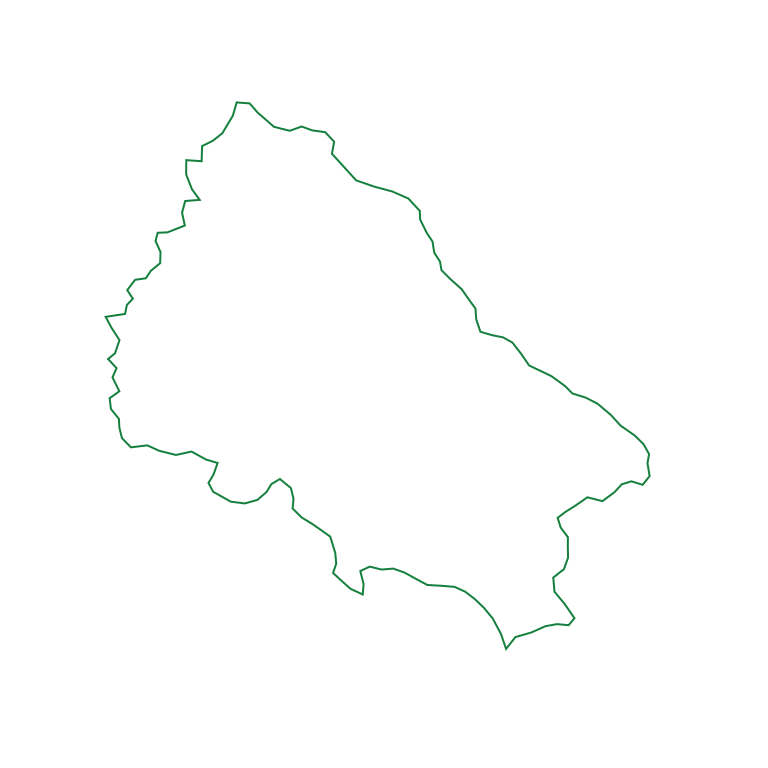 the district of Arceburgo, Minas Gerais, Brazil, rotated 117°
{"feature_id": "56859067B4673789538308", "entity_name": "Arceburgo", "entity_type": "district", "adm_level": 2, "iso_a3": "BRA", "parent_name": "Brazil", "parent_adm1": "Minas Gerais", "projection": "equal_earth", "projection_center": [-46.936, -21.353], "detail": "fine", "context": "isolated", "style": "outline", "palette": "green", "viewbox_px": 768, "rotation_deg": 117, "n_neighbors": 0, "source": "geoboundaries", "source_scale": "gbopen_adm2", "svg_char_len": 1954}
<svg xmlns="http://www.w3.org/2000/svg" viewBox="0 0 768 768"><g transform="rotate(117 384 384)"><path d="M564.6,155.0L549.8,152.0L538.7,140.1L526.5,130.2L519.4,120.8L515.1,110.0L506.2,108.0L498.0,123.1L491.7,137.8L479.6,145.3L467.3,139.6L455.0,141.2L446.2,146.0L437.0,150.6L431.7,161.4L424.4,168.5L415.8,164.4L405.8,158.4L392.6,151.3L389.2,136.2L375.7,129.5L365.4,126.6L358.4,119.4L356.4,107.8L345.5,105.5L334.9,113.3L326.1,116.0L319.8,125.4L316.1,137.1L313.7,154.3L308.6,167.8L304.6,184.8L304.6,198.3L306.9,211.8L303.6,221.9L301.0,238.4L301.6,263.2L294.6,276.0L288.8,288.4L288.4,299.1L291.5,310.1L293.7,321.8L284.5,331.2L275.3,336.7L270.5,346.1L264.3,357.8L260.4,372.5L256.5,384.4L249.5,389.7L244.2,398.8L235.0,405.5L230.0,414.4L221.0,426.5L213.5,430.7L207.7,446.5L208.7,464.1L212.6,482.5L215.2,501.2L202.5,534.9L190.8,538.4L186.3,550.7L190.6,563.1L192.0,574.3L201.2,583.0L204.8,598.8L199.5,619.9L195.0,631.1L200.0,643.1L213.5,640.5L234.0,641.9L245.1,647.0L254.6,654.1L268.3,647.6L274.3,661.8L287.1,655.4L297.7,643.5L303.6,631.8L311.2,644.2L323.1,641.7L333.2,633.4L347.2,645.8L352.0,654.3L360.3,652.5L367.8,643.1L377.9,638.3L388.9,643.1L397.9,644.2L404.2,653.1L416.9,655.4L422.0,646.5L430.3,649.0L439.1,646.5L450.5,662.5L457.5,652.5L465.0,639.6L478.7,637.6L487.0,641.2L491.3,629.5L501.4,628.9L510.6,616.5L521.2,622.0L530.2,616.0L535.5,604.3L543.0,600.0L551.2,592.9L555.3,580.7L546.1,567.0L545.6,554.2L541.7,537.2L531.6,524.8L532.1,508.3L529.9,496.4L542.2,494.8L551.8,495.5L557.6,487.3L558.4,467.1L553.6,453.8L544.8,444.2L533.5,439.6L524.3,438.9L515.9,433.6L519.0,419.7L527.2,412.6L536.4,408.9L540.3,396.8L541.4,383.0L544.4,362.6L556.7,350.7L565.8,345.0L575.5,343.6L578.6,332.6L581.7,320.9L581.2,307.4L571.6,311.3L561.4,320.2L553.2,313.8L550.4,301.9L544.3,292.0L542.7,280.1L543.1,268.9L543.4,254.2L537.8,241.4L532.7,229.0L532.2,217.3L534.4,205.4L538.1,193.3L543.6,180.6L553.7,166.2L564.6,155.0Z" fill="none" stroke="#15803d" stroke-width="2"/></g></svg>